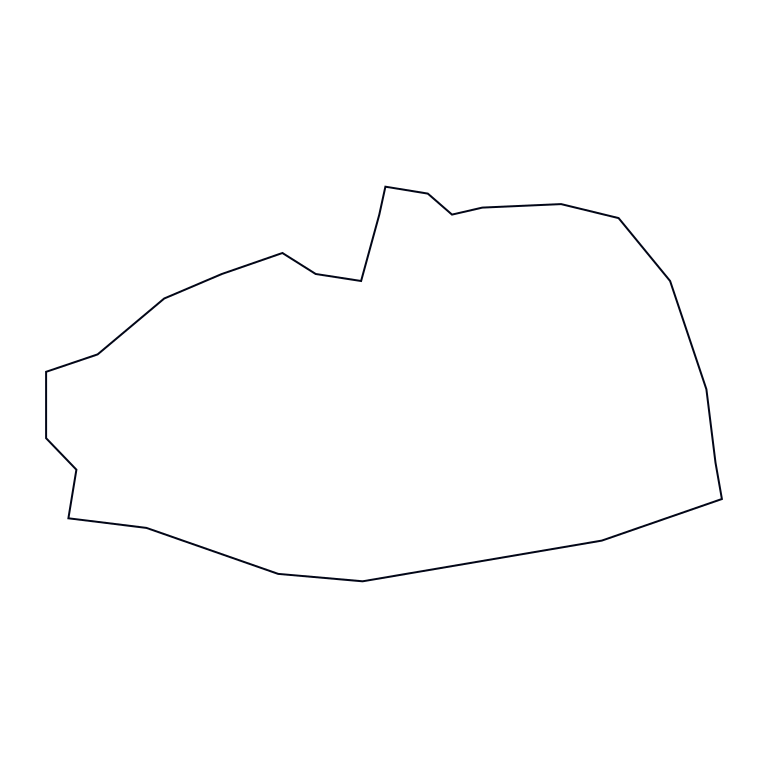 Savanne, Robinson projection
{"feature_id": "MUS-5195", "entity_name": "Savanne", "entity_type": "District", "adm_level": 1, "iso_a3": "MUS", "parent_name": "Mauritius", "parent_adm1": "", "projection": "robinson", "projection_center": [57.51, -20.457], "detail": "fine", "context": "isolated", "style": "outline", "palette": "ink", "viewbox_px": 768, "rotation_deg": 0, "n_neighbors": 0, "source": "natural_earth", "source_scale": "10m", "svg_char_len": 434}
<svg xmlns="http://www.w3.org/2000/svg" viewBox="0 0 768 768"><path d="M721.9,499.0L601.8,540.6L362.6,581.3L278.2,573.9L146.4,527.9L68.4,518.3L76.4,469.7L46.1,438.2L46.1,371.8L97.6,354.4L164.2,298.5L221.8,274.0L282.4,253.0L315.7,274.0L361.1,281.0L379.3,214.6L385.4,186.7L427.8,193.6L452.0,214.6L482.3,207.6L561.1,204.1L618.6,218.1L670.1,281.0L706.4,389.3L715.5,462.7L721.9,499.0Z" fill="none" stroke="#020617" stroke-width="2"/></svg>